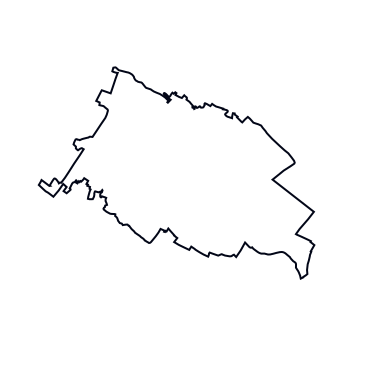 the district of Victoria, Brasov, Romania, rotated 131°
{"feature_id": "2599482B67973869892662", "entity_name": "Victoria", "entity_type": "district", "adm_level": 2, "iso_a3": "ROU", "parent_name": "Romania", "parent_adm1": "Brasov", "projection": "orthographic", "projection_center": [24.701, 45.731], "detail": "fine", "context": "isolated", "style": "outline", "palette": "ink", "viewbox_px": 384, "rotation_deg": 131, "n_neighbors": 0, "source": "geoboundaries", "source_scale": "gbopen_adm2", "svg_char_len": 5371}
<svg xmlns="http://www.w3.org/2000/svg" viewBox="0 0 384 384"><g transform="rotate(131 192 192)"><path d="M180.2,51.4L178.2,51.1L175.4,54.0L170.6,57.3L167.4,58.7L163.4,60.8L162.2,61.6L158.8,62.8L158.9,63.4L151.8,64.8L152.0,69.8L151.1,70.0L152.0,73.4L154.0,80.3L155.4,84.8L155.6,85.9L149.3,86.5L136.4,86.5L127.0,87.0L129.8,139.3L115.6,136.8L107.4,134.4L103.5,133.4L102.5,133.7L101.5,135.4L100.6,139.4L99.6,144.7L99.8,149.4L99.7,155.6L99.3,166.3L98.5,174.0L97.8,176.6L97.2,180.6L96.5,183.4L97.4,186.4L98.5,188.9L99.4,191.2L99.1,193.2L98.7,196.4L98.7,199.1L102.3,199.6L106.5,199.7L106.6,200.6L106.1,207.0L105.2,207.0L105.5,210.4L104.7,211.3L105.7,212.8L106.9,212.2L109.0,211.0L110.0,210.2L111.9,214.7L112.1,216.2L111.9,217.5L111.6,218.0L110.6,218.1L109.3,217.8L108.3,217.7L107.7,217.9L107.3,218.4L107.4,219.4L108.1,220.9L109.3,222.9L108.6,223.1L110.7,227.8L111.7,229.9L112.1,232.4L112.3,234.6L115.1,234.5L115.9,238.6L116.5,240.4L117.3,240.4L117.9,239.9L118.2,239.4L119.1,239.3L120.6,239.0L121.2,239.3L122.3,240.4L122.5,241.0L122.2,241.6L122.1,242.0L122.4,242.5L123.5,242.7L124.5,243.0L125.3,243.4L125.3,244.3L125.0,245.0L125.1,245.5L125.5,245.9L125.8,245.9L126.2,245.8L126.7,245.4L127.4,244.6L127.9,244.8L127.4,245.6L127.5,246.2L128.0,246.9L127.7,247.4L126.8,246.9L126.5,247.1L126.3,248.4L125.9,251.5L125.7,251.9L125.6,253.2L125.8,255.7L125.9,256.8L124.8,257.2L124.3,257.6L124.1,258.2L124.2,260.3L124.1,261.3L127.7,261.3L128.1,262.5L128.7,264.0L128.9,265.1L129.4,267.2L129.6,268.1L127.6,268.6L127.7,270.0L128.6,270.1L129.3,270.3L129.9,270.4L129.9,271.9L130.8,271.9L131.8,271.8L132.9,271.6L133.8,271.4L135.5,271.5L135.1,275.7L135.3,277.6L135.6,277.9L136.2,277.9L136.5,277.6L136.4,273.7L136.5,273.0L136.7,271.9L136.8,271.6L136.4,268.6L140.4,268.8L140.4,269.5L138.7,269.5L138.5,271.2L138.3,274.3L138.6,277.4L139.1,280.5L140.3,283.9L141.2,286.8L141.5,289.1L141.6,290.4L142.8,293.3L143.1,294.0L143.4,294.7L143.5,295.4L143.3,296.8L142.9,298.9L142.7,299.9L142.5,301.4L142.6,302.1L143.5,303.6L144.2,305.0L144.4,306.3L144.7,307.6L144.4,309.1L143.9,310.4L143.2,311.4L142.8,313.0L142.7,314.5L143.1,316.9L143.6,318.4L144.5,320.0L146.7,324.4L147.8,326.5L148.1,327.3L148.0,330.8L148.1,331.3L148.3,331.7L149.2,332.4L149.8,332.9L153.2,331.3L152.9,330.1L152.1,328.2L151.3,326.7L150.9,326.2L156.9,323.9L163.1,321.3L170.9,318.1L174.4,326.8L175.5,326.6L186.1,324.0L185.0,320.4L187.2,318.9L185.2,315.1L185.2,313.4L185.2,312.3L185.1,309.8L185.8,308.8L189.7,307.0L193.0,306.0L200.1,305.2L208.5,304.1L215.7,303.2L216.7,304.6L217.2,305.2L217.6,305.6L218.7,305.8L219.6,306.5L222.6,308.6L224.1,309.6L225.1,310.1L226.5,310.7L226.7,311.5L227.4,312.4L227.6,312.9L227.7,313.6L228.2,314.0L228.7,314.3L230.0,314.0L231.8,313.5L233.8,312.6L233.9,309.4L235.3,308.2L235.4,305.7L235.3,305.4L234.0,305.1L232.5,304.7L231.2,303.9L230.8,301.8L237.8,300.8L247.8,299.6L257.9,298.1L264.7,297.2L270.9,296.8L271.4,297.8L272.8,298.1L272.3,299.3L271.8,301.4L271.6,302.6L271.6,303.8L271.8,304.2L272.1,304.7L272.8,304.8L274.8,304.6L280.4,303.7L280.4,303.1L281.0,303.6L281.4,309.8L281.7,313.4L283.8,312.8L286.0,312.4L287.2,312.2L287.4,306.5L287.5,302.9L287.1,301.0L286.9,299.8L286.7,296.7L286.5,293.5L278.3,293.6L270.4,294.5L270.5,289.9L275.6,289.5L275.2,285.8L270.2,285.1L269.6,285.4L269.6,286.6L264.1,288.0L262.8,287.9L261.4,287.0L259.2,287.1L259.2,286.6L259.5,286.4L259.4,285.4L260.9,285.2L260.7,284.1L258.1,284.4L258.2,283.3L256.9,283.3L256.8,282.4L254.0,282.2L252.3,282.4L251.7,277.7L255.2,276.9L254.7,275.4L256.0,275.1L255.1,272.3L256.8,271.4L256.6,270.2L258.6,269.6L260.5,268.7L263.6,267.2L265.4,266.1L264.6,264.5L262.5,262.2L259.8,262.9L258.0,264.0L257.2,264.8L256.1,265.3L255.3,265.6L255.0,265.4L253.6,262.4L252.4,261.7L251.4,261.0L250.5,260.9L249.4,261.0L249.5,260.6L251.3,259.8L252.9,260.2L254.0,259.7L255.5,258.4L255.8,257.8L255.8,257.3L255.4,256.9L254.7,256.9L254.3,257.0L253.0,253.9L252.7,252.9L254.3,252.3L255.5,251.3L256.7,248.9L257.5,247.7L259.2,248.6L260.7,247.8L261.6,248.1L262.7,247.8L263.1,247.1L263.0,243.6L262.1,239.6L261.3,238.3L259.3,235.8L259.1,235.2L260.5,234.3L260.5,232.5L260.8,231.2L262.2,228.9L262.8,226.1L261.9,224.2L262.4,222.5L261.5,221.8L259.9,220.4L258.9,219.3L259.0,218.1L259.1,217.6L258.7,217.2L259.1,215.8L259.6,213.2L259.7,209.5L260.1,208.5L259.8,205.7L259.4,202.5L259.5,200.8L259.2,198.2L259.3,196.7L259.6,196.0L259.5,195.4L259.3,195.2L259.3,194.2L258.9,192.4L258.7,191.0L257.8,190.3L256.7,190.1L252.5,190.2L249.0,190.3L244.6,190.7L240.5,191.5L239.2,187.3L240.3,187.0L239.9,186.1L238.7,186.4L238.5,185.3L235.1,185.9L235.6,182.5L236.3,176.8L236.6,176.8L236.5,174.6L236.4,172.9L241.5,172.6L240.6,167.4L239.2,162.2L237.5,156.1L233.7,156.7L233.2,152.4L233.3,151.7L232.6,147.2L231.6,142.2L230.2,137.4L228.7,137.9L227.2,138.8L226.1,138.9L224.9,135.7L222.8,130.5L221.4,129.8L220.5,129.4L219.4,128.7L219.2,127.9L218.3,125.4L215.8,121.3L214.9,120.4L214.2,120.0L213.1,119.8L211.8,119.2L212.1,116.0L204.2,116.9L195.3,118.8L195.9,112.7L195.7,111.5L195.1,110.6L194.3,110.3L194.6,108.4L194.2,103.2L193.8,101.1L193.1,99.4L191.0,97.0L189.3,93.6L187.8,92.0L185.2,90.1L182.8,88.5L179.8,86.3L178.3,84.8L177.7,83.8L177.2,82.4L177.0,81.0L177.0,79.1L176.9,75.2L177.3,74.3L177.5,73.1L177.8,70.2L177.6,68.7L177.5,67.6L177.9,66.6L178.4,66.0L179.8,64.8L180.9,63.9L181.3,62.6L182.0,60.1L182.6,58.6L184.2,55.5L186.0,53.1L183.4,52.0L183.1,52.3L180.2,51.4Z" fill="none" stroke="#020617" stroke-width="2"/></g></svg>